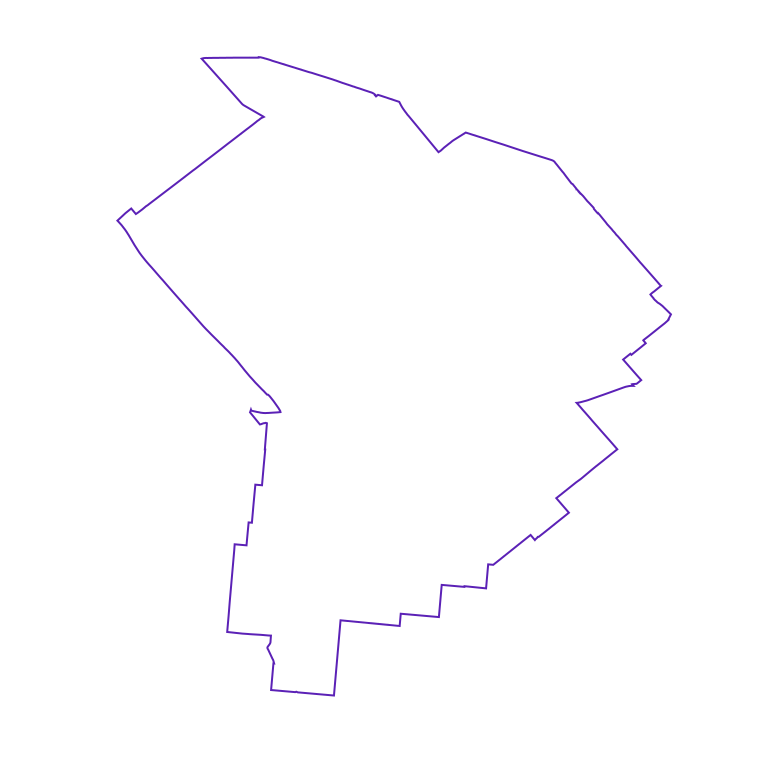 outline of Gosnells, Western Australia, Australia, rotated 95°
{"feature_id": "25037944B22326870513085", "entity_name": "Gosnells", "entity_type": "district", "adm_level": 2, "iso_a3": "AUS", "parent_name": "Australia", "parent_adm1": "Western Australia", "projection": "natural_earth1", "projection_center": [115.98, -32.068], "detail": "fine", "context": "isolated", "style": "outline", "palette": "violet", "viewbox_px": 768, "rotation_deg": 95, "n_neighbors": 0, "source": "geoboundaries", "source_scale": "gbopen_adm2", "svg_char_len": 6026}
<svg xmlns="http://www.w3.org/2000/svg" viewBox="0 0 768 768"><g transform="rotate(95 384 384)"><path d="M698.7,460.9L698.7,454.2L698.7,445.5L698.2,444.6L698.7,443.0L698.7,435.6L698.7,406.7L668.1,406.7L652.1,406.7L650.1,406.7L644.5,406.7L636.8,406.7L623.2,406.7L623.7,347.3L611.4,347.3L611.4,309.0L605.5,309.0L579.1,309.0L579.1,290.0L579.1,286.2L578.4,286.2L578.7,264.5L554.6,264.5L554.6,259.4L521.6,224.8L526.3,220.1L525.8,219.8L524.7,218.8L523.8,218.0L523.5,217.8L522.9,217.5L522.8,216.6L516.4,209.8L512.0,205.2L496.1,188.6L482.7,202.4L475.2,194.5L465.2,184.0L461.2,179.4L452.1,170.3L447.5,165.6L446.5,164.5L444.4,162.3L441.3,159.0L439.8,157.5L435.2,152.7L434.6,152.1L428.7,145.9L420.5,154.4L418.9,156.1L415.3,159.9L411.5,163.9L410.5,164.9L402.4,173.4L400.8,175.0L395.9,180.1L395.5,180.5L392.2,184.0L391.0,185.2L388.0,188.3L386.0,190.4L385.9,189.7L385.2,187.2L384.5,185.2L383.8,183.3L383.1,181.3L382.3,179.3L382.2,179.1L381.2,176.9L377.1,167.9L375.8,165.0L372.6,158.0L366.8,145.5L366.4,144.6L366.0,143.7L365.6,142.7L365.3,141.7L365.0,140.7L364.7,139.7L364.5,138.7L364.3,137.7L364.2,136.5L364.1,135.3L363.3,136.2L362.6,136.8L362.4,136.1L361.8,132.4L360.5,131.0L357.7,128.1L353.0,133.1L348.3,138.0L343.5,143.0L338.8,147.9L332.4,141.2L333.4,140.1L326.9,133.3L324.9,131.2L320.9,127.1L320.6,126.8L317.9,129.5L317.6,129.3L312.8,124.1L312.5,123.8L303.9,114.8L299.1,109.7L295.4,106.2L295.1,106.1L295.0,106.4L294.5,106.2L291.8,105.1L289.6,104.2L282.0,113.4L280.1,116.3L279.0,118.5L277.5,120.4L277.2,120.7L276.9,121.3L276.2,122.0L275.5,122.8L275.3,123.0L274.9,123.1L274.2,123.9L272.6,125.5L271.6,126.4L270.6,125.5L269.4,124.3L268.4,123.1L264.3,118.9L262.1,116.6L261.9,117.0L256.5,122.6L256.2,122.9L241.4,138.4L241.1,138.8L236.6,143.3L233.6,146.4L225.7,154.6L225.3,155.0L224.9,155.3L216.4,164.0L215.1,165.6L213.2,167.3L211.3,169.4L209.9,170.7L205.4,175.6L203.7,177.1L200.1,180.6L196.7,183.9L195.0,185.7L195.3,186.0L193.9,187.5L191.2,190.2L190.2,190.5L185.7,195.5L184.0,197.5L180.1,201.3L179.3,202.1L177.1,204.7L176.7,205.2L176.9,205.3L175.5,206.8L175.3,206.6L173.6,208.5L173.4,208.7L173.3,208.9L173.3,209.2L173.0,209.2L172.8,209.3L172.6,209.5L170.3,211.7L168.4,213.5L167.9,214.7L165.5,216.9L161.1,220.9L160.3,221.6L157.8,223.8L157.2,224.5L152.3,229.2L150.9,230.5L148.8,232.6L148.4,232.9L148.0,233.3L147.6,233.7L147.0,234.6L146.6,235.6L146.3,236.6L144.8,243.3L143.6,248.9L139.7,266.5L139.6,266.9L137.0,277.9L135.2,285.5L135.1,285.9L133.3,294.0L131.1,303.4L126.4,324.5L135.1,336.0L136.1,337.2L137.0,338.1L138.0,339.1L139.5,340.8L140.2,341.5L141.8,343.2L143.2,344.7L145.4,346.7L146.6,347.8L147.8,349.3L148.3,349.9L123.1,374.7L114.9,382.8L113.7,384.1L112.3,385.3L110.9,386.6L109.5,387.8L108.2,388.9L106.8,390.0L105.1,391.2L102.4,392.9L101.6,393.4L100.8,396.8L97.1,412.3L96.5,415.2L97.8,416.6L98.2,417.0L97.4,417.8L97.1,418.2L96.6,418.0L95.8,419.2L95.3,420.2L94.7,421.8L94.4,423.3L93.6,426.6L93.4,427.5L92.9,429.6L92.3,432.0L91.9,433.5L91.6,434.9L91.1,437.3L90.9,438.1L90.4,439.9L90.3,440.7L89.4,444.2L89.3,444.8L89.1,445.4L88.9,446.4L88.3,448.9L88.0,450.1L87.8,451.1L87.2,453.4L85.9,458.3L85.6,459.7L85.1,461.6L83.2,470.1L81.5,477.9L80.3,483.2L79.8,486.2L78.7,491.2L75.6,505.5L72.6,519.4L71.8,523.2L71.7,523.6L71.3,525.0L70.9,526.7L70.7,527.7L70.2,530.1L70.1,530.9L69.7,532.7L69.6,533.5L69.4,534.7L69.3,535.6L69.3,536.6L69.3,537.3L69.8,537.3L70.6,546.0L70.6,546.3L70.6,546.6L70.7,546.9L71.8,559.8L74.4,586.5L74.6,588.1L74.7,589.7L74.8,590.4L75.1,592.1L75.6,593.5L75.8,594.0L81.6,587.8L86.1,583.0L101.4,566.7L117.0,550.2L117.3,549.9L117.9,549.1L118.4,548.3L118.8,547.5L126.3,531.4L128.1,527.5L128.4,527.0L128.7,527.5L129.0,528.1L129.2,528.5L129.5,528.9L129.8,529.4L130.0,529.7L130.2,529.9L130.4,530.2L130.7,530.5L131.6,531.4L131.9,531.7L132.4,532.3L132.7,532.8L134.3,534.4L137.6,537.9L142.5,543.3L150.1,551.6L150.4,551.9L154.8,556.7L159.0,561.3L160.5,562.9L169.8,573.0L177.0,580.9L186.7,591.4L187.7,592.6L202.2,608.4L209.2,616.1L225.4,633.9L226.1,634.6L226.7,635.3L227.3,636.1L227.6,636.5L231.1,640.0L234.6,643.9L236.3,646.0L233.5,648.8L231.2,651.1L236.3,656.4L244.5,663.8L245.9,662.2L247.4,660.6L248.5,659.4L251.1,657.0L252.6,655.6L253.9,654.5L255.5,653.2L256.5,652.5L257.6,651.6L259.7,650.1L267.4,644.6L272.8,640.4L274.7,638.9L276.6,637.2L277.5,636.4L281.6,632.5L283.5,630.6L286.0,628.0L288.2,625.6L294.6,619.0L297.5,616.0L299.9,613.4L303.7,609.5L311.5,601.4L317.8,594.8L318.9,593.6L319.2,593.3L321.1,591.3L324.1,588.2L326.0,586.1L330.5,581.3L338.7,572.7L342.4,568.8L344.8,566.1L345.9,564.8L349.5,560.6L351.5,558.2L353.9,555.3L355.9,552.9L357.8,550.7L359.5,548.6L360.7,547.1L362.0,545.7L364.1,543.1L365.0,542.0L366.2,540.6L367.4,539.3L368.4,538.1L369.5,536.9L371.5,534.7L372.8,533.4L373.8,532.3L375.1,531.0L376.5,529.7L378.2,528.1L379.2,527.1L382.6,523.9L383.6,522.9L384.6,521.9L385.4,521.1L385.6,520.9L386.5,520.0L388.2,518.3L389.2,517.2L390.1,516.2L391.3,514.9L393.7,512.4L396.1,509.6L397.4,508.1L398.0,507.4L398.6,506.7L399.5,505.7L400.4,504.6L401.6,503.1L402.9,501.7L403.8,500.7L404.4,499.9L404.8,499.5L404.8,498.5L405.9,497.1L407.2,495.8L410.7,492.5L417.2,487.0L420.0,485.0L421.0,484.7L421.6,487.9L422.3,492.7L422.9,496.6L423.1,498.3L423.3,499.6L423.4,501.7L423.3,504.5L423.1,505.8L422.9,508.2L422.4,511.8L422.1,513.9L421.2,514.3L423.3,514.8L423.9,515.0L424.1,514.8L435.1,504.1L434.8,503.1L433.6,500.6L433.5,499.9L433.0,498.4L433.3,497.2L433.7,497.2L459.3,497.0L459.6,497.0L459.6,496.6L475.5,496.7L478.4,496.7L495.5,496.7L495.5,503.4L498.1,503.4L516.0,503.5L533.7,503.5L533.7,506.8L551.1,506.9L556.7,506.9L556.7,518.8L562.3,518.7L567.9,518.7L578.7,518.7L591.3,518.7L604.8,518.7L614.3,518.7L628.4,518.6L638.3,518.6L644.7,518.6L644.8,513.5L645.0,503.3L644.9,498.0L644.9,495.6L644.6,484.5L644.6,477.2L644.5,474.7L644.8,474.7L650.4,474.6L651.2,474.6L651.9,474.7L652.6,475.0L653.3,475.3L653.6,475.5L656.0,477.0L656.4,477.1L656.9,477.2L657.3,477.1L657.7,476.9L658.1,476.7L658.4,476.4L667.4,471.2L668.4,470.5L669.5,470.0L670.1,469.8L672.0,469.1L672.0,469.8L698.7,469.8L698.7,460.9Z" fill="none" stroke="#5b21b6" stroke-width="2"/></g></svg>